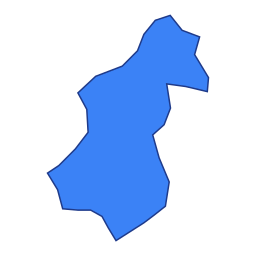 Kato Koutrafas, Nicosia, Cyprus (orthographic projection)
{"feature_id": "46923920B53882202230946", "entity_name": "Kato Koutrafas", "entity_type": "district", "adm_level": 2, "iso_a3": "CYP", "parent_name": "Cyprus", "parent_adm1": "Nicosia", "projection": "orthographic", "projection_center": [32.996, 35.097], "detail": "fine", "context": "isolated", "style": "filled", "palette": "blue", "viewbox_px": 256, "rotation_deg": 0, "n_neighbors": 0, "source": "geoboundaries", "source_scale": "gbopen_adm2", "svg_char_len": 526}
<svg xmlns="http://www.w3.org/2000/svg" viewBox="0 0 256 256"><path d="M170.2,15.4L155.3,20.3L143.9,34.3L137.5,50.8L122.3,66.1L95.7,76.3L77.9,92.9L86.8,109.4L88.1,132.3L75.4,148.9L58.9,165.5L47.5,173.1L57.6,189.7L62.7,208.8L77.9,210.1L90.6,210.1L102.0,216.4L108.3,227.9L116.0,240.6L143.9,222.8L154.0,215.2L165.4,206.2L169.2,182.0L159.1,157.8L152.7,134.9L164.1,124.7L170.5,108.1L166.7,83.9L185.7,86.5L207.3,91.6L208.5,77.6L194.6,54.6L199.6,36.9L182.1,30.3L170.2,15.4Z" fill="#3b82f6" stroke="#1e3a8a" stroke-width="1.5"/></svg>